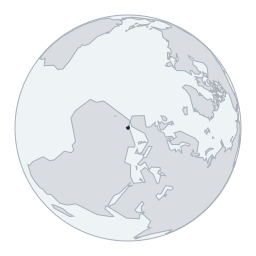 Tlemcen highlighted on a globe, orthographic projection, rotated 87°
{"feature_id": "DZA-2147", "entity_name": "Tlemcen", "entity_type": "Province", "adm_level": 1, "iso_a3": "DZA", "parent_name": "Algeria", "parent_adm1": "", "projection": "orthographic", "projection_center": [-1.349, 34.706], "detail": "fine", "context": "on_globe", "style": "filled", "palette": "slate", "viewbox_px": 256, "rotation_deg": 87, "n_neighbors": 0, "source": "natural_earth", "source_scale": "10m", "svg_char_len": 9611}
<svg xmlns="http://www.w3.org/2000/svg" viewBox="0 0 256 256"><g transform="rotate(87 128 128)"><circle cx="128" cy="128" r="113" fill="#eef3f6" stroke="#a8b0b8"/><path d="M39.6,58.2L43.1,54.0L45.3,51.6L49.0,47.7L56.0,41.4L65.3,35.5L62.4,37.5L65.0,36.1L68.7,33.6L70.5,32.4L84.3,26.4L97.2,21.3L99.4,19.9L100.3,20.3L103.5,18.2L109.3,16.9L103.8,18.3L104.1,18.5L108.6,17.4L109.8,17.5L112.7,17.0L113.8,17.3L110.5,18.4L111.1,18.6L114.3,17.9L117.4,17.9L112.6,18.9L117.5,19.0L112.9,21.6L99.4,25.2L97.9,27.9L86.7,35.1L88.8,35.0L85.8,38.1L87.1,39.2L84.7,40.5L87.8,40.4L89.8,39.0L91.8,38.5L92.8,39.2L89.8,40.8L88.9,40.7L88.6,41.6L86.7,42.2L88.1,42.2L84.5,44.4L89.5,43.3L87.7,45.8L84.8,47.0L83.4,45.5L73.3,45.5L70.0,46.7L66.8,49.7L64.4,57.8L61.5,59.9L58.8,63.8L61.2,63.1L64.2,59.9L67.9,59.8L71.1,56.2L73.1,55.7L77.1,52.8L78.3,54.8L77.4,58.5L74.2,61.1L73.7,62.9L78.2,61.8L73.7,68.5L73.2,76.1L71.8,77.8L66.5,78.1L62.7,74.1L55.7,75.7L62.1,76.4L58.5,81.2L58.7,82.8L60.0,83.7L62.0,82.7L61.2,84.8L54.6,84.6L55.3,82.6L57.3,82.6L55.5,80.9L51.1,81.3L49.6,84.0L44.4,82.6L43.3,84.6L41.5,85.6L43.6,82.4L39.7,88.2L33.4,89.2L27.9,99.6L31.3,89.2L31.2,85.9L30.7,83.2L29.7,84.8L30.3,79.7L28.5,79.4L24.6,85.9L21.7,93.3L21.4,98.0L22.9,95.9L23.5,98.5L19.8,105.3L20.4,112.2L18.4,118.4L18.2,123.6L19.3,125.4L20.2,130.0L22.0,128.0L24.4,129.1L23.2,134.7L25.5,131.4L26.2,135.8L31.6,141.8L30.9,142.6L35.3,154.2L42.0,162.4L43.5,167.6L42.5,169.4L45.3,171.9L45.3,173.5L57.8,182.7L65.5,189.8L66.1,195.1L61.5,198.6L61.4,208.4L54.1,207.2L55.1,210.4L54.3,212.6L49.5,208.6L53.8,212.7L53.6,212.6L46.4,205.6L39.8,198.0L33.9,189.8L29.2,181.1L26.9,176.5L22.9,167.8L17.7,149.1L17.8,145.2L17.2,141.3L19.1,137.5L19.5,129.1L19.1,126.6L18.1,127.9L17.6,118.3L18.6,110.9L23.4,86.1L25.3,81.7L27.5,77.2L40.2,57.5L32.6,68.0L39.6,58.2ZM26.2,102.6L27.1,113.7L25.0,110.7L25.7,110.5L25.8,107.0L25.5,102.2L24.1,100.1L26.2,102.6ZM30.1,100.0L29.8,98.5L30.3,99.5L30.1,100.0ZM71.1,31.9L68.6,33.6L64.8,36.0L66.7,34.5L71.1,31.9ZM78.5,28.0L77.7,28.6L75.0,29.7L76.3,29.0L78.5,28.0ZM100.8,19.1L98.5,19.8L100.3,19.2L100.8,19.1ZM112.9,17.0L113.2,16.8L114.6,16.7L112.9,17.0ZM76.1,52.0L76.6,52.4L75.6,52.7L76.1,52.0ZM77.4,50.4L75.9,50.4L76.3,49.7L77.2,49.7L77.4,50.4ZM117.5,17.0L119.7,17.0L116.9,17.2L117.5,17.0ZM79.1,50.5L77.2,48.4L77.9,47.2L81.9,46.1L79.1,50.5ZM120.6,17.1L125.9,17.4L126.9,17.0L127.0,18.6L122.5,17.6L118.9,17.8L120.8,17.4L120.6,17.1ZM90.0,38.3L87.9,39.8L88.8,38.0L90.0,38.3ZM90.1,37.3L89.8,33.0L93.3,31.4L92.7,33.0L96.6,30.6L98.4,31.9L96.7,33.5L94.1,34.3L96.8,34.2L90.1,37.3ZM126.3,19.5L127.1,19.9L125.6,19.8L126.3,19.5ZM92.7,38.2L92.3,37.4L95.4,35.9L96.7,37.2L95.3,37.3L92.7,38.2ZM96.7,29.5L99.1,28.7L101.3,29.4L102.6,29.3L98.8,31.8L96.7,29.5ZM95.1,37.9L97.3,38.0L96.7,39.3L93.3,38.9L95.1,37.9ZM95.6,35.0L97.1,34.3L96.7,35.1L95.6,35.0ZM95.9,44.5L95.4,43.3L96.9,42.4L95.9,44.5ZM98.1,37.9L98.3,37.4L98.8,37.0L100.1,37.3L98.1,37.9ZM100.6,32.2L101.0,32.8L102.3,31.2L104.0,31.9L101.1,33.5L103.0,33.0L103.6,33.3L100.6,34.4L100.6,32.2ZM103.1,36.4L100.0,38.9L100.6,41.1L99.3,41.9L98.5,38.3L103.1,36.4ZM101.9,35.1L102.3,36.0L100.4,36.5L99.0,36.1L101.9,35.1ZM106.1,31.8L104.3,30.3L105.0,30.1L106.1,31.8ZM103.6,36.9L104.4,36.3L103.9,37.0L103.6,36.9ZM105.8,33.2L105.0,32.7L105.8,32.4L105.8,33.2ZM106.4,35.6L105.4,36.3L104.4,36.1L106.4,35.6ZM106.4,34.4L107.7,34.1L104.7,35.5L106.0,34.2L106.4,34.4ZM106.7,33.0L106.9,32.6L106.9,33.2L106.7,33.0ZM110.9,36.3L107.3,38.1L105.0,37.5L108.8,35.7L110.9,36.3ZM153.5,18.3L151.9,18.1L140.7,17.2L145.6,17.5L145.6,17.8L148.1,18.2L151.5,18.6L151.1,18.4L162.4,22.1L172.8,25.5L169.3,23.6L169.8,23.5L176.0,26.1L184.4,30.5L192.4,35.6L200.0,41.3L202.0,43.1L199.4,40.9L204.0,45.1L205.2,46.0L203.8,44.7L210.0,50.8L215.8,57.4L221.0,64.5L225.7,71.9L229.8,79.7L233.2,87.8L236.0,96.1L234.6,92.0L235.8,96.5L234.5,93.0L231.7,89.3L232.8,95.8L235.2,111.6L237.5,121.0L237.5,127.4L232.5,118.6L228.8,110.8L228.0,113.7L222.1,110.2L214.7,117.8L212.9,116.1L211.6,118.8L207.4,118.9L204.2,116.0L202.0,117.9L210.3,125.4L212.6,123.4L213.3,117.5L215.3,120.8L219.3,121.5L217.8,134.3L205.5,152.1L202.9,145.4L186.4,130.2L186.1,127.7L186.0,127.4L185.7,127.0L185.6,131.4L182.3,128.1L192.6,140.0L194.9,145.8L205.3,152.7L204.7,154.3L207.6,155.1L215.4,146.9L215.7,149.4L212.9,163.1L201.0,184.1L201.8,192.2L199.6,199.9L190.5,208.1L189.6,212.7L184.6,216.1L183.2,218.8L178.2,222.7L170.6,227.1L159.5,229.9L160.1,228.0L156.6,224.9L152.3,214.4L156.5,207.9L156.0,203.2L147.8,192.9L149.7,185.9L147.2,183.3L142.2,184.6L139.1,181.3L135.9,181.5L115.0,184.5L107.9,179.6L97.5,164.0L100.7,158.2L99.8,150.8L120.7,125.8L126.7,127.1L144.9,121.9L147.4,122.5L147.0,128.7L162.0,133.2L164.8,127.4L176.7,128.0L183.6,125.3L183.0,113.5L171.8,117.7L168.2,113.1L175.8,105.1L185.4,101.8L184.3,99.9L176.9,97.8L177.6,93.1L174.1,96.8L176.6,98.2L174.5,100.7L172.1,99.6L172.4,97.9L169.1,98.1L168.2,106.6L170.7,109.0L162.9,112.9L166.2,117.3L164.6,120.2L158.5,113.9L158.0,111.1L147.7,105.0L147.5,108.3L157.2,114.4L154.8,114.3L154.6,119.2L152.9,115.4L142.3,108.4L134.4,111.5L126.7,124.1L121.6,125.4L116.2,123.3L116.5,111.2L128.0,109.8L128.2,105.9L123.8,100.7L127.7,100.9L127.3,98.7L131.4,98.0L135.1,92.3L139.0,91.1L138.5,84.6L140.4,83.2L140.2,87.4L142.1,89.9L151.5,87.5L152.7,85.8L151.6,81.8L154.4,81.8L152.1,78.3L156.5,75.4L149.2,76.2L147.8,72.0L149.3,68.1L147.5,67.0L145.0,73.4L145.1,75.9L147.3,77.8L146.6,85.3L143.8,87.1L139.6,80.1L135.2,82.1L133.8,76.2L141.6,61.8L145.9,58.3L157.1,60.6L157.3,63.5L153.3,64.0L158.8,67.0L157.5,65.1L159.8,65.2L158.9,61.7L160.5,61.7L157.0,58.4L158.8,58.0L161.0,60.1L161.3,54.9L164.6,53.4L163.9,52.3L162.2,51.5L167.5,50.3L166.7,49.6L164.7,49.6L162.0,48.2L159.1,45.4L161.1,45.2L162.4,46.1L168.0,48.0L171.2,50.9L171.7,50.5L169.4,48.0L162.5,45.7L160.3,44.1L163.6,44.8L162.2,44.4L161.7,43.6L163.0,42.6L159.4,41.7L151.1,33.8L152.9,31.5L156.7,32.7L153.0,27.9L155.3,26.3L153.4,26.2L150.4,24.3L149.6,24.8L148.5,24.7L140.4,20.7L140.0,19.8L134.5,18.7L133.5,18.8L133.5,19.3L127.0,18.6L126.9,17.0L129.0,16.9L127.5,16.2L132.6,16.2L136.2,16.1L142.7,16.8L145.0,16.9L144.1,16.7L146.5,16.9L148.4,17.2L153.5,18.3ZM115.4,139.1L115.3,141.3L115.4,139.1ZM196.9,103.8L201.7,101.1L197.1,95.7L198.6,94.3L196.5,93.1L196.8,95.4L191.3,91.8L192.5,88.5L190.6,86.0L188.9,86.8L187.6,93.5L195.5,98.5L195.4,101.9L196.9,103.8ZM31.8,141.9L32.4,143.7L31.4,142.8L31.8,141.9ZM23.9,112.5L24.5,114.0L24.5,115.5L23.9,114.8L23.9,112.5ZM30.6,123.6L31.6,125.5L30.2,124.4L30.6,123.6ZM27.4,115.2L29.8,122.2L27.1,120.9L25.7,116.5L27.1,118.2L27.4,115.2ZM28.2,102.5L28.3,103.8L27.7,104.5L28.2,102.5ZM30.4,100.8L30.2,100.5L30.5,99.3L30.4,100.8ZM58.9,81.2L59.4,81.3L60.3,82.5L59.2,82.7L58.9,81.2ZM68.9,84.5L67.3,87.9L67.6,85.5L65.7,86.1L63.9,82.0L71.1,78.5L68.1,80.7L68.9,84.5ZM63.5,76.0L63.8,78.7L63.2,75.9L63.5,76.0ZM121.0,88.5L123.1,89.6L122.5,92.2L117.6,94.4L118.4,90.6L121.0,88.5ZM126.2,90.8L123.4,83.7L126.3,82.3L125.1,84.2L127.4,84.0L126.1,87.1L131.6,93.1L131.4,95.8L122.4,97.9L125.5,95.6L123.3,94.4L126.2,90.8ZM111.0,70.5L109.8,68.0L117.8,68.1L117.9,70.4L113.0,72.5L109.9,71.0L111.0,70.5ZM86.5,49.3L85.5,48.9L86.4,48.4L87.8,48.3L86.5,49.3ZM95.5,44.0L91.5,50.9L90.2,50.6L89.5,55.3L85.7,56.6L86.4,53.5L82.9,58.1L82.0,55.8L80.0,59.1L81.8,52.1L80.8,50.5L83.3,51.7L86.8,50.5L88.0,49.5L90.7,45.6L90.3,41.8L93.6,40.2L96.1,40.1L96.7,40.8L94.4,41.5L96.9,41.9L93.9,43.5L95.5,44.0ZM123.2,43.8L120.2,43.8L124.8,46.0L121.8,47.1L122.6,47.3L121.1,49.1L120.5,51.6L118.9,51.8L119.4,52.7L118.5,54.0L118.6,55.4L115.8,56.4L115.7,58.2L114.4,57.6L115.0,60.5L113.3,58.9L111.9,60.5L114.3,61.3L98.9,64.6L93.8,67.8L90.4,71.5L87.9,68.5L89.5,63.2L93.3,57.7L98.6,55.3L96.5,54.5L98.4,53.2L99.3,54.4L99.1,51.8L100.9,51.1L104.3,47.0L103.0,44.1L104.2,42.7L105.6,43.5L105.8,41.5L109.3,42.1L110.2,41.1L114.6,40.9L116.8,43.2L117.7,41.9L121.1,41.9L123.2,43.8ZM112.1,36.3L115.4,38.4L115.4,40.2L107.8,40.0L106.5,40.8L101.6,40.9L101.7,38.5L103.1,38.6L104.4,38.2L103.8,39.1L105.3,38.1L107.3,38.3L109.0,37.6L109.6,38.4L112.1,36.3ZM149.3,119.8L151.1,119.7L153.7,118.9L153.6,122.1L149.3,119.8ZM142.1,115.1L143.5,114.4L144.7,118.3L142.8,118.5L142.1,115.1ZM143.3,110.9L143.5,114.1L142.3,112.5L143.3,110.9ZM141.4,86.7L142.9,85.9L143.4,86.7L143.1,88.3L141.4,86.7ZM136.1,51.7L134.4,51.2L134.6,50.6L132.1,48.2L134.1,47.3L136.4,48.4L136.1,51.7ZM181.7,116.2L180.3,119.1L179.0,118.4L179.7,117.6L181.7,116.2ZM166.7,121.1L170.6,121.5L166.7,122.0L166.7,121.1ZM137.9,50.4L136.6,49.4L138.4,49.6L137.9,50.4ZM135.4,46.6L137.4,46.5L134.1,46.9L135.4,46.6ZM213.4,190.6L204.4,205.6L200.7,207.9L201.3,205.1L205.5,196.8L210.3,192.0L213.1,187.2L213.4,190.6ZM237.8,121.5L239.1,125.3L238.9,127.6L237.8,121.5ZM153.1,43.4L154.3,47.6L156.5,50.4L159.8,51.5L155.7,51.9L152.3,47.5L153.1,43.4ZM151.2,34.9L148.3,34.2L149.1,33.6L149.9,33.6L151.2,34.9ZM149.7,35.2L146.9,36.2L145.0,35.2L147.6,34.6L149.7,35.2ZM142.5,42.9L142.7,44.1L141.3,43.9L142.5,42.9ZM172.2,24.4L168.5,23.1L166.6,22.5L168.8,23.0L172.2,24.4ZM128.0,19.6L127.2,19.9L127.1,19.5L128.0,19.6ZM148.2,25.0L146.7,24.7L146.7,24.2L148.2,25.0ZM142.5,23.9L143.5,24.6L141.6,23.9L142.5,23.9ZM146.0,26.4L143.5,25.0L147.1,26.3L146.0,26.4Z" fill="#d9dde1" stroke="#a8b0b8" stroke-width="1"/><path d="M127.5,129.2L127.4,128.8L127.3,128.7L127.4,128.4L127.2,128.2L127.3,128.0L127.3,127.9L127.1,127.8L127.1,127.7L126.9,127.6L126.7,127.5L126.7,127.4L126.6,127.2L126.8,127.2L126.8,127.3L127.0,127.3L127.1,127.2L127.3,127.2L127.5,127.1L127.7,126.8L127.8,126.8L128.0,126.8L128.0,127.0L128.5,127.2L128.6,127.3L128.6,127.5L128.7,127.8L128.8,127.9L129.0,128.0L128.9,128.1L128.8,128.3L128.7,128.3L128.8,128.4L128.8,128.5L128.7,128.5L128.4,128.8L128.2,128.9L128.2,129.0L127.9,129.0L127.5,129.2L127.5,129.2Z" fill="#64748b" stroke="#1e293b" stroke-width="1.5"/></g></svg>